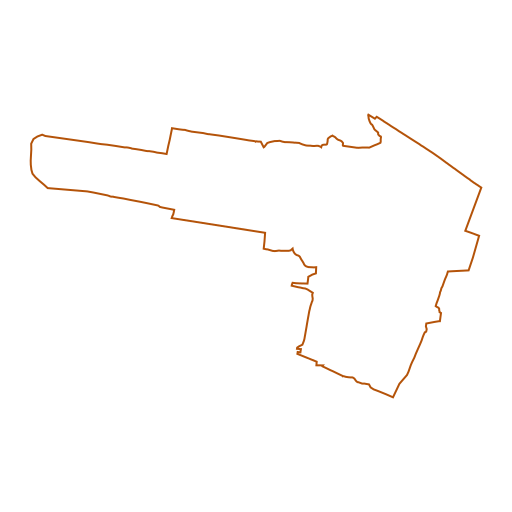 Ghindeni, Dolj, Romania
{"feature_id": "2599482B6715750772475", "entity_name": "Ghindeni", "entity_type": "district", "adm_level": 2, "iso_a3": "ROU", "parent_name": "Romania", "parent_adm1": "Dolj", "projection": "natural_earth1", "projection_center": [23.924, 44.199], "detail": "fine", "context": "isolated", "style": "outline", "palette": "amber", "viewbox_px": 512, "rotation_deg": 0, "n_neighbors": 0, "source": "geoboundaries", "source_scale": "gbopen_adm2", "svg_char_len": 6095}
<svg xmlns="http://www.w3.org/2000/svg" viewBox="0 0 512 512"><path d="M385.9,394.2L393.0,397.3L396.0,391.0L399.4,383.8L407.0,375.0L407.5,373.9L408.5,371.7L410.7,365.4L411.4,363.7L412.3,361.7L414.3,357.7L415.8,353.8L418.3,348.1L420.1,344.1L421.6,340.5L422.8,336.9L423.6,334.9L424.8,332.3L425.6,332.1L426.2,331.5L426.4,330.6L426.7,329.1L425.9,326.3L426.3,323.5L434.7,321.9L439.0,321.2L439.9,321.2L441.0,313.0L439.6,312.2L439.6,311.6L439.2,310.4L439.2,308.9L438.5,307.7L437.2,307.1L436.1,306.4L435.7,306.1L436.6,303.1L437.7,300.3L439.3,295.7L439.9,293.5L440.0,292.4L440.8,290.6L441.4,288.2L442.4,286.5L444.6,280.3L445.3,278.5L446.0,277.0L447.1,274.3L447.3,273.4L447.9,271.5L452.9,271.2L468.6,270.4L472.9,257.6L479.1,235.8L470.8,232.7L465.3,230.8L481.3,187.6L478.4,185.7L478.2,185.5L477.3,184.9L476.4,184.4L475.6,183.8L474.7,183.2L473.7,182.6L472.9,182.0L472.1,181.4L471.2,180.8L470.4,180.2L469.7,179.5L468.0,178.4L467.1,177.8L466.3,177.2L464.6,176.0L462.9,174.7L462.0,174.1L461.1,173.4L460.2,172.8L459.3,172.1L458.4,171.5L457.5,170.8L456.5,170.1L455.6,169.4L454.7,168.7L453.7,168.1L452.7,167.4L451.8,166.7L449.9,165.3L449.0,164.7L448.1,164.0L447.2,163.3L446.1,162.6L445.1,161.8L444.1,161.1L443.1,160.3L442.1,159.6L441.2,158.9L436.1,155.3L435.1,154.6L434.1,153.9L433.1,153.2L431.0,151.8L430.0,151.2L429.0,150.5L425.9,148.5L424.9,147.8L422.8,146.4L421.7,145.8L420.6,145.1L419.6,144.3L418.5,143.6L415.3,141.6L414.2,140.9L412.0,139.5L410.9,138.8L409.8,138.1L408.9,137.5L407.0,136.3L406.1,135.7L404.2,134.5L403.2,133.9L402.2,133.2L400.1,131.9L399.1,131.3L398.1,130.6L397.1,129.9L396.5,129.5L396.1,129.2L395.1,128.6L394.1,128.0L393.1,127.4L392.5,127.0L392.0,126.7L390.9,126.0L389.9,125.3L388.9,124.6L387.9,124.0L386.9,123.3L385.7,122.6L385.1,122.2L383.8,121.4L383.4,121.0L379.8,118.7L376.7,116.8L374.9,118.7L368.4,114.7L368.2,115.1L368.5,116.7L368.6,117.7L368.7,118.6L369.6,121.3L370.4,123.0L370.9,123.8L371.4,124.3L372.1,124.7L372.8,125.9L373.8,128.0L374.3,129.1L374.5,129.4L375.1,130.0L377.5,132.0L378.0,132.4L378.2,132.8L378.1,133.5L378.1,134.0L378.3,134.6L379.0,135.3L379.3,135.7L379.5,135.9L380.2,136.2L380.7,136.4L380.9,136.7L381.0,137.1L380.9,137.6L380.8,138.3L380.7,139.1L380.7,141.1L380.7,141.8L380.4,142.8L376.9,144.4L374.5,145.3L369.3,147.6L366.3,147.5L362.7,147.5L360.1,147.7L358.4,147.8L356.5,147.7L350.9,146.9L343.1,145.8L342.8,145.2L343.0,143.6L343.0,143.0L342.0,141.7L341.5,141.2L340.2,140.5L338.2,139.8L337.4,139.3L336.5,138.6L335.9,138.0L335.4,137.4L334.4,136.7L333.5,136.3L332.8,135.9L332.5,135.6L331.7,136.0L330.7,136.4L328.4,138.1L327.9,138.8L327.7,139.4L327.6,141.2L327.3,142.9L327.0,144.1L326.9,144.2L326.6,144.5L326.3,144.6L325.2,144.7L323.9,144.7L322.7,144.9L322.0,145.3L321.7,145.8L321.5,146.2L321.3,146.7L321.2,147.2L320.5,146.7L319.5,146.3L318.7,146.0L318.1,145.8L316.4,145.8L315.4,145.9L314.5,146.0L313.3,146.0L311.9,145.9L310.5,145.7L309.7,145.7L308.9,145.7L308.0,145.6L307.2,145.6L306.3,145.5L305.4,145.3L302.4,144.4L300.0,143.4L299.3,143.0L298.4,142.9L295.9,142.7L294.3,142.7L293.3,142.5L289.0,142.2L284.7,142.1L282.2,141.6L281.4,141.3L279.7,140.8L277.5,141.0L274.5,141.1L269.9,142.1L267.3,143.0L264.3,146.9L263.7,147.3L260.8,141.7L259.8,141.6L258.5,141.6L257.4,141.5L257.0,141.4L256.7,141.3L256.4,141.3L255.6,141.7L255.2,141.3L254.3,141.1L252.1,140.8L248.9,140.4L246.1,139.9L235.2,138.1L218.9,135.5L212.1,134.6L210.6,134.4L209.4,134.2L208.6,134.2L207.9,134.1L207.3,134.0L205.1,133.5L203.4,133.1L191.4,131.6L190.8,131.4L189.3,131.1L186.9,130.5L185.0,129.9L183.0,129.8L181.3,129.6L178.9,129.3L172.0,128.2L171.8,129.5L170.5,135.9L169.7,139.9L168.3,145.8L166.6,154.0L162.0,153.2L157.0,152.6L154.6,152.0L153.1,151.7L150.9,151.4L149.0,151.1L147.4,151.1L145.9,150.9L142.9,150.3L141.5,150.0L135.8,149.1L131.9,148.6L131.0,148.2L128.2,147.6L126.7,147.4L125.5,147.4L124.6,147.4L115.3,145.9L107.1,144.7L101.1,144.1L97.0,143.5L89.1,142.2L78.6,140.7L45.3,136.0L42.2,134.7L37.4,136.5L33.5,139.0L31.2,143.7L31.3,149.7L31.0,155.0L30.7,160.6L30.8,164.8L31.4,169.8L32.5,173.7L35.5,177.3L39.6,181.0L44.1,184.8L47.7,188.1L87.2,191.4L93.3,192.5L107.5,195.4L109.3,196.0L110.1,196.4L111.5,196.7L112.4,196.7L113.2,196.7L113.7,196.9L117.7,197.6L120.1,198.0L123.4,198.5L130.2,199.9L140.3,201.8L146.7,203.1L158.0,205.5L159.0,206.1L159.8,206.9L162.3,207.5L174.2,209.8L173.8,212.0L173.2,214.5L172.4,216.0L171.7,218.1L265.1,232.8L264.5,241.3L263.7,248.7L266.3,249.3L267.6,249.4L269.6,250.0L272.6,250.9L274.7,251.1L276.7,250.9L278.5,250.6L279.5,250.6L281.0,250.8L282.8,250.8L286.0,250.8L288.7,250.8L290.1,250.5L290.8,250.3L291.2,249.8L292.6,248.6L292.7,249.3L293.2,250.9L293.5,251.5L293.9,252.3L294.7,253.5L295.1,253.9L295.8,254.5L296.8,255.1L297.5,255.3L298.1,255.5L298.7,255.8L299.4,256.3L299.8,256.7L300.1,257.3L300.6,258.2L300.9,258.8L301.8,260.3L302.5,261.3L303.0,262.2L303.5,263.0L303.8,263.7L304.2,264.5L304.9,265.4L305.9,266.2L307.1,266.7L308.6,267.1L310.7,267.2L312.4,267.3L313.9,267.4L316.2,267.2L315.9,273.4L312.3,274.6L310.4,275.7L309.0,276.4L308.3,276.8L308.1,279.0L307.5,283.6L304.4,283.5L299.7,283.4L295.9,283.2L292.6,282.8L292.4,283.5L292.0,284.2L291.9,284.6L291.8,285.2L291.7,285.7L298.1,287.2L300.6,287.6L302.9,288.2L305.3,288.5L307.6,289.5L309.9,291.0L312.8,292.8L312.2,294.7L312.4,296.7L312.7,298.4L312.6,299.9L312.4,300.9L312.0,301.6L310.5,306.1L310.1,307.6L309.8,309.1L309.3,311.0L309.0,312.6L308.5,315.5L308.1,317.6L307.0,323.9L306.5,327.0L304.4,339.0L303.8,341.1L302.4,344.7L301.4,345.2L299.1,346.3L297.2,347.6L297.0,348.8L300.9,349.1L300.4,352.4L297.7,352.0L297.4,353.9L316.7,361.7L316.7,361.9L316.4,365.3L322.8,365.4L322.2,366.1L322.4,366.3L326.2,368.1L330.7,370.3L332.6,371.1L336.7,373.1L342.1,375.7L342.7,376.0L342.8,376.2L343.0,376.1L344.0,376.3L345.7,376.8L346.9,377.0L348.2,377.2L349.2,377.3L350.4,377.4L351.1,377.4L352.3,377.4L352.9,377.6L354.0,378.3L354.4,378.6L354.7,379.0L355.3,379.9L355.8,380.6L356.5,381.4L357.0,381.8L357.7,382.2L358.4,382.2L359.4,382.6L360.3,382.9L361.6,383.4L361.8,383.5L362.5,383.6L364.5,383.6L366.0,383.9L368.5,384.3L369.0,384.4L370.6,387.4L373.7,389.4L376.4,390.4L379.0,391.4L385.9,394.2Z" fill="none" stroke="#b45309" stroke-width="2"/></svg>